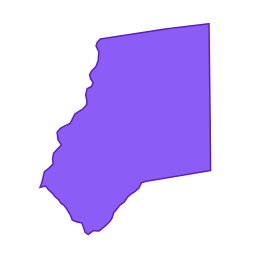 the district of Coxixola, Paraíba, Brazil, rotated 93°
{"feature_id": "56859067B62498871364727", "entity_name": "Coxixola", "entity_type": "district", "adm_level": 2, "iso_a3": "BRA", "parent_name": "Brazil", "parent_adm1": "Paraíba", "projection": "mercator", "projection_center": [-36.609, -7.651], "detail": "fine", "context": "isolated", "style": "filled", "palette": "violet", "viewbox_px": 256, "rotation_deg": 93, "n_neighbors": 0, "source": "geoboundaries", "source_scale": "gbopen_adm2", "svg_char_len": 989}
<svg xmlns="http://www.w3.org/2000/svg" viewBox="0 0 256 256"><g transform="rotate(93 128 128)"><path d="M180.3,107.2L166.1,43.3L117.2,46.3L19.6,52.6L20.5,57.6L26.9,94.6L40.5,160.1L43.9,163.2L47.8,164.2L53.4,161.1L62.3,161.3L68.2,163.2L73.3,167.5L76.9,169.2L81.0,167.8L84.5,165.2L88.4,166.6L90.8,170.8L97.2,172.0L102.6,170.6L106.8,170.4L111.3,174.0L114.2,178.2L116.8,181.7L121.9,184.0L126.3,185.9L129.2,191.2L131.9,195.6L135.9,198.6L143.4,197.3L148.4,193.6L152.2,197.0L157.1,201.0L163.0,201.7L167.5,200.8L172.1,204.7L176.0,209.2L181.5,210.2L186.6,211.1L191.9,212.7L190.2,207.3L193.9,204.0L197.4,199.8L200.2,197.4L203.3,193.5L206.7,190.9L208.6,187.9L212.4,184.7L217.7,181.2L222.8,178.8L224.4,174.6L225.3,169.0L230.3,167.0L234.6,165.2L236.4,162.1L232.4,157.3L232.4,151.6L226.9,145.5L222.2,141.1L218.4,139.1L213.4,137.9L209.8,135.1L205.6,132.2L202.0,127.8L197.0,124.8L193.9,121.7L191.5,118.3L187.6,114.1L182.0,111.7L180.3,107.2Z" fill="#8b5cf6" stroke="#5b21b6" stroke-width="1.5"/></g></svg>